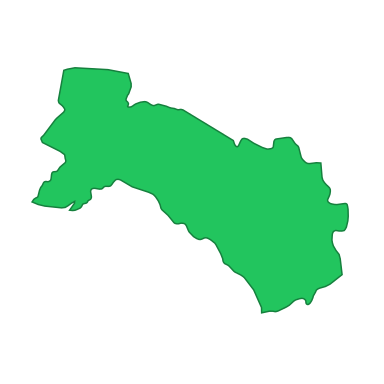 Chachoengsao, Albers equal-area conic projection, rotated 6°
{"feature_id": "THA-431", "entity_name": "Chachoengsao", "entity_type": "Province", "adm_level": 1, "iso_a3": "THA", "parent_name": "Thailand", "parent_adm1": "", "projection": "albers", "projection_center": [101.399, 13.573], "detail": "fine", "context": "isolated", "style": "filled", "palette": "green", "viewbox_px": 384, "rotation_deg": 6, "n_neighbors": 0, "source": "natural_earth", "source_scale": "10m", "svg_char_len": 4294}
<svg xmlns="http://www.w3.org/2000/svg" viewBox="0 0 384 384"><g transform="rotate(6 192 192)"><path d="M72.2,222.9L76.3,215.5L76.3,213.6L73.1,215.9L70.3,218.5L67.5,220.6L64.0,221.4L47.1,221.4L40.3,220.5L34.0,218.6L35.4,215.9L37.1,214.4L38.6,213.5L39.0,213.1L39.2,212.7L39.3,212.4L40.2,206.2L40.7,204.5L41.1,203.2L42.1,201.7L42.5,200.8L43.2,198.8L43.6,197.9L44.3,197.3L45.1,196.9L46.0,196.8L47.0,196.9L48.0,196.7L48.9,196.3L49.5,195.8L50.1,195.2L50.4,194.1L50.5,192.6L50.5,189.3L50.8,187.6L51.5,186.7L52.5,186.3L54.6,185.9L55.5,185.5L56.1,184.8L57.9,181.4L58.4,180.7L62.9,176.0L63.2,175.1L63.2,173.9L62.4,171.9L61.7,169.1L61.3,168.1L56.4,165.3L38.1,158.4L36.2,155.0L36.4,153.6L38.6,151.0L48.5,134.4L50.0,132.5L56.1,125.9L56.8,124.3L56.9,123.2L56.2,122.1L55.1,120.8L53.8,119.6L50.7,117.6L50.0,116.5L49.5,114.9L51.7,85.9L51.8,84.4L55.2,82.9L62.6,80.7L95.7,79.1L116.2,80.8L120.1,90.4L120.5,93.8L118.9,100.3L118.8,100.8L118.3,101.7L117.8,102.5L116.7,106.4L116.8,107.4L117.1,108.1L118.2,109.0L118.9,109.6L119.6,110.9L119.5,112.0L119.0,113.5L119.3,114.0L120.0,114.1L121.0,114.1L121.9,113.9L122.7,113.6L124.1,112.6L125.5,111.3L127.0,110.2L131.3,108.1L135.3,107.1L136.7,107.1L138.5,107.6L141.9,109.4L143.7,110.0L145.2,110.1L146.0,109.7L147.8,108.8L148.6,108.4L149.7,108.2L157.5,109.4L160.8,110.4L162.7,110.7L165.7,110.8L167.9,111.4L169.4,111.7L170.6,111.5L171.4,111.2L172.4,111.0L174.4,111.3L227.7,136.5L228.1,137.3L228.9,139.2L229.5,140.3L230.6,141.7L231.5,142.1L232.1,142.3L232.4,142.2L232.6,142.1L232.9,141.8L233.3,141.2L233.7,140.3L235.0,136.4L235.9,134.6L236.4,133.9L237.4,133.4L238.8,133.2L241.7,133.7L248.4,137.1L257.3,140.4L261.9,141.4L263.1,141.4L266.1,140.6L266.9,140.2L267.6,139.7L268.1,138.9L268.2,133.3L268.5,132.2L269.0,131.3L269.7,130.7L270.6,130.4L280.4,127.9L282.7,127.6L284.1,127.7L285.1,128.2L285.8,128.7L289.4,133.0L290.8,134.1L292.4,135.1L293.0,135.8L293.5,136.6L296.9,145.8L297.6,147.0L298.7,148.2L301.1,150.2L302.6,151.1L304.0,151.5L305.1,151.5L306.2,151.4L312.7,149.9L317.1,149.7L319.8,163.8L320.9,166.6L322.8,168.9L325.1,171.0L325.9,171.5L328.0,173.2L328.6,173.9L329.2,175.0L329.5,176.6L329.4,179.6L329.0,181.3L328.6,182.7L328.3,183.5L327.7,185.4L327.8,186.6L328.4,187.6L329.9,188.6L331.1,189.1L332.5,189.3L334.9,189.5L337.3,189.4L345.5,187.4L346.5,187.5L347.5,188.1L348.2,189.9L349.0,192.9L349.9,199.9L350.0,204.4L349.2,210.8L348.3,213.0L347.4,214.4L345.6,215.0L344.6,215.2L342.4,215.4L339.0,215.2L338.1,215.6L337.3,216.1L336.7,216.8L336.3,217.6L336.0,219.1L336.0,221.2L336.2,225.2L337.0,228.0L338.2,230.8L341.3,235.1L344.8,238.7L346.4,243.0L349.9,258.5L338.9,269.2L334.6,272.0L328.7,274.4L327.0,275.5L325.9,276.6L325.3,278.6L323.6,282.5L323.5,282.8L323.4,283.5L323.3,284.4L322.4,287.5L321.1,290.1L320.1,291.2L319.1,291.8L318.2,291.7L317.5,291.3L317.0,290.5L316.6,288.5L316.1,287.6L315.4,287.1L314.6,286.6L313.6,286.3L312.1,286.3L310.0,286.9L306.3,288.5L304.5,290.0L300.6,294.4L298.0,296.4L290.1,301.3L288.2,302.1L287.2,302.3L284.9,302.1L281.6,302.4L273.9,304.9L273.2,299.6L263.6,282.9L253.0,271.7L251.4,270.6L248.9,269.3L243.2,267.2L241.9,266.4L236.5,261.7L235.1,260.9L232.0,259.8L231.0,258.9L230.4,258.0L230.0,257.1L229.5,255.1L227.0,250.3L221.4,242.0L220.0,240.4L215.2,237.4L214.0,236.9L212.4,236.3L211.4,236.1L210.4,236.1L209.4,236.3L208.6,236.7L206.9,237.7L206.0,238.1L205.1,238.4L203.7,238.4L201.5,237.8L198.2,236.2L193.4,232.1L192.6,231.0L189.9,226.1L188.9,225.0L187.9,224.3L186.8,224.1L185.7,224.1L184.6,224.1L183.5,224.4L182.6,224.8L181.5,225.1L180.2,225.2L178.4,225.0L177.3,224.4L170.6,217.7L164.2,213.0L163.6,212.4L162.9,211.5L161.5,207.8L160.6,206.3L159.4,204.3L156.4,200.7L154.7,199.2L153.2,198.2L149.0,196.8L132.0,193.1L119.5,187.4L118.3,187.2L117.2,187.1L116.1,187.3L115.2,187.6L114.5,188.2L112.8,190.5L111.5,192.9L110.4,194.4L109.6,194.8L108.6,195.1L105.3,195.4L104.4,195.8L103.7,196.4L102.6,197.8L101.8,198.4L100.8,198.6L99.7,198.8L95.1,198.5L94.0,198.6L93.0,198.9L92.2,199.3L91.6,200.0L91.2,200.9L91.1,201.9L91.3,202.9L92.4,206.9L92.5,207.9L92.3,208.9L91.9,209.8L91.2,210.4L90.4,210.9L89.7,211.4L89.4,212.0L89.2,212.4L89.2,212.6L89.1,212.8L88.8,213.3L88.3,213.9L87.5,214.3L85.5,215.0L84.7,215.5L84.3,216.3L83.6,218.2L83.0,219.0L82.4,219.7L79.3,221.5L77.5,222.4L75.3,222.9L72.2,222.9L72.2,222.9Z" fill="#22c55e" stroke="#15803d" stroke-width="1.5"/></g></svg>